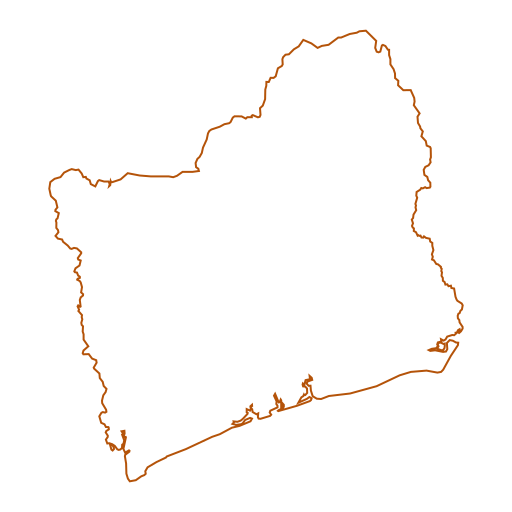 the district of Pebane, Zambezia, Mozambique
{"feature_id": "85939544B33364168787730", "entity_name": "Pebane", "entity_type": "district", "adm_level": 2, "iso_a3": "MOZ", "parent_name": "Mozambique", "parent_adm1": "Zambezia", "projection": "robinson", "projection_center": [38.512, -16.709], "detail": "fine", "context": "isolated", "style": "outline", "palette": "amber", "viewbox_px": 512, "rotation_deg": 0, "n_neighbors": 0, "source": "geoboundaries", "source_scale": "gbopen_adm2", "svg_char_len": 5987}
<svg xmlns="http://www.w3.org/2000/svg" viewBox="0 0 512 512"><path d="M78.5,169.6L75.8,170.1L71.7,169.1L69.3,170.0L64.1,172.6L60.5,177.1L54.6,178.8L50.3,182.1L49.3,188.7L50.7,195.2L51.1,196.3L55.8,200.7L57.4,207.4L55.5,209.7L55.3,211.1L58.8,213.1L57.5,218.4L56.3,219.4L55.9,220.9L56.4,222.6L56.3,227.9L58.0,230.1L58.4,232.3L55.5,235.9L57.9,238.6L62.1,239.5L63.1,241.8L67.8,245.6L70.2,248.5L71.6,248.9L74.0,247.9L76.9,248.4L81.2,252.3L81.2,253.3L77.8,258.1L78.2,259.5L80.7,260.5L79.5,265.5L75.5,268.3L74.3,271.4L74.9,272.2L77.0,272.6L78.1,275.5L79.8,276.7L79.9,277.8L77.6,278.8L77.2,279.7L79.7,281.0L80.7,282.4L82.0,287.1L81.1,292.4L83.1,294.2L83.0,295.5L80.7,297.4L79.8,300.0L80.6,306.5L80.1,306.8L78.2,305.4L77.6,306.4L79.1,309.7L78.4,311.0L82.0,315.1L81.7,317.1L82.3,319.3L81.3,322.9L81.7,324.9L83.0,326.3L82.7,331.6L83.6,334.3L83.6,339.6L88.3,346.3L83.5,350.5L82.7,353.2L83.4,354.3L88.7,354.1L92.1,358.6L96.2,360.2L96.6,362.7L93.7,367.6L94.1,368.6L99.4,373.5L99.8,378.1L102.7,381.8L103.7,386.0L106.5,388.9L105.6,392.1L103.3,395.3L102.0,400.6L102.2,403.2L106.1,409.7L106.4,411.8L105.1,412.6L102.8,412.1L101.4,412.8L99.3,416.3L101.2,422.8L104.5,424.3L105.9,427.0L108.4,427.1L108.7,427.7L108.8,429.4L106.3,431.0L105.7,432.4L107.8,435.7L107.7,437.0L105.9,439.6L107.3,443.5L109.2,443.2L112.2,444.2L114.8,445.9L117.3,449.3L118.7,449.9L120.3,449.5L122.0,448.0L122.2,444.7L123.5,443.7L124.2,440.3L122.1,434.6L123.2,433.7L121.6,431.3L124.4,430.8L124.6,433.5L123.8,436.2L124.1,437.0L125.7,436.9L125.9,437.4L123.4,448.9L125.1,452.6L129.0,450.4L129.5,450.8L129.3,451.7L125.2,454.8L124.9,456.2L126.1,463.5L126.4,473.7L127.9,478.6L129.8,481.3L135.8,480.2L141.3,476.3L144.3,475.1L145.7,473.8L145.3,471.2L147.6,467.3L156.6,462.0L166.0,457.5L166.7,456.5L185.9,449.1L212.2,436.8L219.8,434.2L231.9,427.7L239.5,425.9L250.5,421.3L252.0,418.6L250.1,417.9L245.2,419.9L242.5,423.5L241.0,424.2L236.2,424.9L232.5,423.9L233.9,422.4L233.6,421.4L237.4,421.8L240.7,420.6L242.8,418.9L247.5,413.9L247.7,412.9L246.7,412.3L246.7,409.1L250.0,410.6L250.8,408.9L250.4,406.3L252.0,404.8L252.1,406.0L250.8,406.5L250.6,407.3L252.2,409.3L252.6,412.0L256.5,414.3L258.2,413.4L257.9,417.2L258.6,418.6L260.5,418.8L270.1,415.9L271.2,414.7L269.7,412.5L270.3,410.7L277.5,407.4L277.5,405.7L276.3,404.0L276.6,401.3L274.0,395.7L275.1,393.8L278.7,402.4L279.7,402.2L280.7,399.5L281.2,400.3L281.2,407.0L282.9,406.5L283.0,403.9L283.8,404.8L283.8,406.7L283.0,408.1L278.6,410.2L277.9,410.8L278.3,411.1L296.9,405.8L309.8,401.1L311.0,400.1L311.6,398.3L309.4,397.0L307.0,398.8L298.4,402.7L301.4,397.3L303.2,396.2L303.9,394.6L304.2,395.2L305.2,395.1L307.2,392.9L307.0,388.5L305.3,386.6L303.1,386.4L302.6,384.5L302.9,383.5L304.3,384.9L305.6,380.1L310.0,379.2L309.6,375.9L311.7,377.8L312.2,379.9L307.9,381.4L307.0,382.3L306.8,383.8L308.6,385.8L310.5,385.7L310.9,390.6L312.7,396.2L316.8,398.7L321.1,399.0L328.9,396.0L350.1,393.5L376.6,386.2L399.7,375.3L410.9,371.9L426.5,370.6L437.4,372.6L441.1,371.9L443.2,369.7L450.8,355.9L457.9,345.2L458.2,342.7L456.0,342.5L452.8,340.7L449.7,340.1L446.9,343.0L447.3,349.1L446.0,351.5L443.1,351.9L435.1,350.3L430.3,350.9L428.8,350.1L431.8,348.8L436.2,348.2L437.9,346.0L437.2,344.4L437.9,342.4L441.4,341.5L441.0,339.2L443.6,340.6L445.5,339.5L447.2,336.6L452.2,335.0L454.2,335.2L456.2,333.4L455.8,332.7L456.9,332.5L458.0,330.2L459.6,329.2L459.8,330.2L458.4,332.5L459.1,333.0L461.0,331.3L462.6,328.6L462.6,326.9L459.6,322.4L459.3,320.1L457.9,318.3L457.7,315.8L458.4,313.7L459.6,313.1L460.5,310.7L461.9,309.5L462.7,305.3L461.7,303.5L457.4,300.8L456.6,299.6L455.5,296.8L454.1,288.5L451.4,288.0L450.9,285.7L448.5,286.2L447.3,284.3L445.4,284.6L444.6,282.0L442.9,280.8L442.8,277.9L441.5,275.8L442.0,272.3L441.3,271.1L441.7,268.8L440.8,267.7L440.9,266.8L437.9,264.3L436.3,264.0L433.9,260.3L432.0,259.5L432.8,256.8L431.9,254.3L433.4,250.1L432.3,245.8L432.3,242.9L430.2,241.5L429.7,238.7L426.0,237.9L424.0,236.4L423.3,237.6L421.5,237.5L420.5,235.6L419.3,235.9L418.2,235.1L417.6,235.6L416.0,232.2L413.8,231.0L413.9,228.4L412.7,227.5L412.0,225.9L413.0,223.3L411.8,219.6L413.1,218.0L413.5,214.6L416.2,210.2L415.5,207.3L416.0,205.5L415.4,203.9L417.2,197.7L416.3,195.7L416.6,192.0L420.2,189.7L421.3,188.0L422.8,188.4L425.1,187.2L426.6,188.1L429.8,187.6L430.4,186.7L430.3,182.7L428.1,180.2L427.3,176.9L424.4,174.9L423.7,169.8L425.3,166.9L428.6,165.3L430.6,162.3L430.1,159.5L430.9,157.3L430.7,148.3L430.1,147.0L426.7,145.6L425.8,141.1L421.4,136.3L422.8,131.4L420.4,128.3L420.1,126.5L418.0,123.0L417.5,116.7L419.6,113.4L413.8,105.2L414.6,101.6L414.2,97.9L410.7,90.1L403.3,90.2L398.1,85.3L398.3,80.8L395.1,78.1L395.0,73.5L393.6,69.2L390.4,64.4L390.4,59.1L389.1,55.1L389.1,49.8L387.9,49.7L385.4,46.0L382.9,44.9L381.9,45.5L380.3,51.6L378.6,52.3L376.7,51.7L375.2,47.9L376.2,40.9L365.9,30.7L359.4,31.3L356.8,32.7L349.7,34.0L341.2,37.5L338.3,37.5L328.6,44.8L321.8,45.9L317.6,47.9L311.4,43.4L303.3,39.9L298.7,46.4L293.9,49.3L288.9,54.3L285.5,54.7L283.1,57.2L282.4,59.2L282.7,64.4L281.8,66.0L277.9,68.3L275.7,76.3L273.6,77.9L270.6,77.8L268.8,82.0L266.4,81.9L266.3,85.8L265.3,89.5L265.1,99.2L262.8,105.6L260.0,108.2L260.5,114.9L259.7,116.8L257.9,117.3L252.8,115.1L251.7,115.7L251.8,117.2L247.3,117.2L245.8,118.6L241.6,116.4L234.5,116.3L232.8,117.6L230.6,122.0L229.2,123.2L224.4,124.2L219.8,126.7L211.4,129.5L209.3,131.0L208.0,133.4L206.7,139.5L203.0,147.6L201.8,153.0L199.6,156.9L197.4,158.9L195.6,163.0L196.1,167.2L198.3,168.7L198.9,171.0L192.3,171.9L182.5,171.9L177.0,175.8L173.2,177.2L168.8,176.4L150.8,176.4L139.7,175.5L127.7,173.2L120.6,179.4L112.4,182.1L111.2,182.2L110.7,181.1L110.2,185.2L109.2,186.1L109.7,184.2L108.6,181.5L104.0,181.5L99.2,180.1L97.9,181.1L95.3,186.4L90.8,184.1L89.7,180.3L86.4,178.5L85.8,176.9L83.3,177.2L81.7,173.5L78.5,169.6ZM443.6,344.0L440.8,342.6L438.2,343.0L437.8,344.4L438.5,346.3L437.1,348.6L441.2,350.2L443.1,350.1L444.5,348.1L444.8,345.6L444.7,343.6L443.6,344.0ZM112.6,450.5L114.0,449.0L113.6,447.1L112.6,445.5L109.9,444.2L111.4,449.6L112.6,450.5Z" fill="none" stroke="#b45309" stroke-width="2"/></svg>